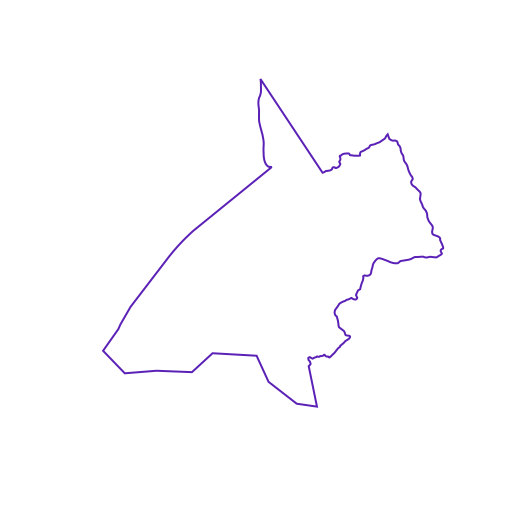 Atima, Santa Bárbara, Honduras (Robinson projection), rotated 68°
{"feature_id": "27666195B460141259069", "entity_name": "Atima", "entity_type": "district", "adm_level": 2, "iso_a3": "HND", "parent_name": "Honduras", "parent_adm1": "Santa Bárbara", "projection": "robinson", "projection_center": [-88.493, 14.908], "detail": "fine", "context": "isolated", "style": "outline", "palette": "violet", "viewbox_px": 512, "rotation_deg": 68, "n_neighbors": 0, "source": "geoboundaries", "source_scale": "gbopen_adm2", "svg_char_len": 6015}
<svg xmlns="http://www.w3.org/2000/svg" viewBox="0 0 512 512"><g transform="rotate(68 256 256)"><path d="M286.6,433.3L315.6,421.6L325.1,391.3L339.7,358.9L329.9,332.7L348.7,292.8L377.4,291.5L408.2,273.6L418.5,255.9L377.9,248.4L377.6,247.8L377.2,246.8L377.0,246.4L376.6,245.9L376.0,245.7L375.1,245.6L374.2,245.6L373.6,245.7L372.5,246.1L371.7,246.2L371.4,246.1L370.1,245.7L370.0,245.4L369.9,244.9L369.9,244.3L370.0,243.9L370.3,243.6L371.0,243.2L372.0,242.3L372.3,242.1L372.4,241.9L372.3,241.2L372.1,239.6L372.3,237.9L372.2,237.6L372.0,237.3L372.0,237.1L372.1,236.8L372.5,236.4L372.8,236.0L373.0,235.5L373.1,235.1L373.1,234.8L372.9,234.3L372.9,233.9L373.0,233.6L373.2,233.0L373.4,232.4L373.5,231.6L373.5,230.9L373.4,230.5L373.1,230.0L373.1,229.7L373.3,229.5L373.5,229.4L374.0,229.2L374.8,229.0L375.2,228.7L375.8,228.0L376.1,227.1L376.4,226.7L376.6,226.5L377.2,226.4L377.4,226.2L377.5,225.9L377.6,225.5L377.5,225.2L377.2,224.7L377.0,223.8L376.7,223.2L376.4,222.7L375.4,219.9L374.6,218.4L373.6,216.8L372.3,214.4L371.9,213.1L371.7,212.2L371.5,211.9L371.0,211.7L370.8,211.5L370.1,209.1L369.7,208.0L369.3,206.8L368.6,205.6L368.3,204.7L367.6,200.9L367.3,200.4L366.9,199.7L366.5,199.3L366.1,199.0L365.7,199.0L365.4,199.1L365.1,199.3L364.8,199.6L364.4,200.3L363.9,201.3L363.6,201.7L363.2,202.2L362.9,202.5L362.4,202.6L359.4,202.4L358.7,202.5L356.2,203.9L353.9,205.3L353.3,205.6L353.0,205.7L352.7,205.7L351.8,205.6L347.0,204.3L342.6,203.8L342.4,203.8L342.0,203.9L341.5,204.2L341.0,204.6L340.3,204.6L339.0,204.6L338.1,204.4L337.3,204.0L336.3,203.4L335.6,202.7L335.2,202.2L334.2,200.5L332.6,198.0L331.9,197.2L331.7,196.9L331.5,196.4L331.3,195.8L331.1,194.5L331.0,193.8L330.9,192.1L331.0,190.1L330.9,189.7L330.7,188.8L330.6,188.0L330.7,187.4L330.9,186.6L330.9,186.1L330.7,184.3L330.6,183.6L330.6,183.3L330.8,183.1L331.6,182.6L332.3,182.0L333.0,181.2L333.5,180.5L333.6,180.1L333.7,179.7L333.6,179.1L333.4,178.6L333.0,178.0L332.8,177.9L332.6,177.8L332.2,177.8L331.2,177.9L330.1,177.9L329.6,177.9L326.2,174.4L326.1,174.0L325.8,171.9L323.1,170.0L320.5,167.9L319.2,166.5L318.0,165.6L316.4,164.6L315.9,164.5L315.3,164.4L315.0,164.2L314.8,164.0L314.7,163.6L314.7,163.1L314.7,162.7L314.9,162.6L315.2,161.8L316.0,160.4L316.1,160.0L316.2,159.4L316.3,158.6L316.2,157.9L316.1,157.3L315.8,156.8L315.5,156.3L315.2,156.0L314.2,155.3L312.7,154.4L309.8,152.1L308.1,151.0L307.3,150.3L306.7,149.7L306.2,148.9L305.2,147.3L304.6,146.2L304.2,145.1L304.0,144.5L303.9,144.0L304.0,143.3L304.2,142.6L304.7,141.8L305.2,141.1L306.3,139.7L308.2,137.7L309.8,135.9L310.3,135.4L311.2,134.6L311.7,134.2L314.0,131.3L314.9,129.6L315.6,128.0L315.7,127.3L315.7,126.8L315.3,125.3L314.9,124.4L314.8,124.1L315.1,122.7L316.5,116.4L316.8,114.8L316.8,113.1L316.5,110.5L316.5,109.4L316.5,109.0L316.7,108.5L317.2,107.3L319.0,101.8L319.4,101.1L320.1,100.4L320.6,99.7L321.0,99.1L321.3,98.4L321.4,98.0L322.0,94.7L323.9,91.3L324.9,89.2L324.6,87.5L324.2,85.0L324.0,83.8L323.5,82.8L322.5,82.8L320.9,83.0L320.3,82.8L319.6,82.3L319.2,81.4L319.2,80.7L319.2,80.2L319.1,79.8L318.7,79.4L317.6,79.2L315.3,79.1L310.4,79.3L309.8,79.2L309.5,79.0L308.8,78.7L308.2,78.7L307.5,78.9L306.4,79.6L305.4,80.6L302.8,83.5L302.0,83.9L301.1,84.1L299.4,83.6L296.3,81.6L295.1,81.2L293.6,81.3L289.8,82.4L288.2,82.7L286.5,82.7L284.6,82.7L281.0,81.6L279.7,81.5L277.6,81.6L274.2,82.7L272.6,82.9L271.5,82.7L268.9,82.7L267.6,82.9L266.1,82.8L264.7,82.7L260.2,80.1L259.8,80.0L259.0,79.9L258.1,80.0L257.5,80.2L255.9,80.9L253.9,81.8L252.4,82.3L252.0,82.5L249.4,84.3L249.0,84.4L248.1,84.7L247.1,84.8L246.0,84.6L245.2,84.3L244.9,84.0L244.2,82.9L243.5,82.0L242.9,81.7L241.9,81.6L241.0,81.6L239.8,82.0L239.2,82.2L237.2,82.4L235.9,82.5L233.6,82.5L231.6,82.3L229.6,82.0L228.3,82.0L226.9,82.2L224.6,82.8L223.9,82.9L223.0,83.0L221.9,82.9L219.5,82.2L218.5,82.0L217.9,82.0L215.0,82.5L214.5,82.5L213.4,82.4L212.1,82.2L210.5,81.7L209.8,81.6L208.8,81.6L207.6,81.8L207.0,82.0L206.2,82.4L205.7,82.5L204.9,82.4L203.2,82.2L202.7,82.2L202.3,82.5L201.8,82.9L201.0,83.8L200.8,84.4L200.6,85.3L200.5,85.6L200.3,85.9L199.9,86.5L199.5,86.9L198.6,87.7L197.6,88.4L197.3,88.5L196.6,88.5L192.5,88.3L192.9,89.1L193.5,90.1L194.1,90.9L194.9,91.8L195.4,92.6L195.5,93.0L196.8,98.8L196.7,102.3L196.8,103.3L196.8,104.2L196.7,105.1L196.3,107.1L196.2,108.3L196.3,108.7L196.6,109.3L196.9,109.6L197.3,109.9L197.5,110.2L197.8,110.7L197.9,111.2L198.0,111.8L198.0,112.8L198.1,113.4L198.2,114.2L198.4,114.9L198.6,116.2L198.7,118.0L198.7,119.3L198.7,119.7L198.8,120.0L199.1,120.4L199.6,120.9L200.2,121.3L201.7,121.8L201.8,121.9L201.8,122.0L201.7,122.6L201.3,123.7L200.1,126.6L199.8,127.4L198.9,128.8L198.0,130.6L197.8,130.9L197.6,131.1L196.9,131.1L196.0,131.4L195.7,131.7L195.4,132.1L194.2,135.8L194.1,137.0L194.1,137.8L194.3,138.7L194.7,139.7L194.7,140.0L194.5,140.6L194.6,140.8L194.9,141.0L195.3,141.1L196.2,141.1L197.0,141.2L197.5,141.3L197.9,141.5L198.2,141.7L198.7,142.1L199.9,143.6L200.9,143.5L201.8,143.3L202.1,143.4L202.3,143.4L202.8,143.8L203.1,144.3L203.3,144.5L204.1,145.4L204.3,146.6L204.5,147.8L204.5,148.4L204.4,148.9L204.3,149.2L204.1,149.5L203.4,149.7L203.1,150.1L202.8,150.6L202.7,151.3L202.7,151.7L202.9,152.1L203.5,152.7L204.0,153.1L204.1,153.3L204.2,153.6L204.3,154.2L204.4,155.4L204.3,156.1L204.2,156.4L204.0,156.9L203.9,157.9L203.5,158.8L203.4,159.5L203.4,159.8L203.7,160.6L203.8,161.0L203.8,161.7L203.7,163.1L93.5,185.6L94.8,185.8L97.8,186.8L102.7,188.7L105.4,189.8L106.8,190.6L108.0,191.5L108.8,192.1L110.3,193.7L111.8,194.8L113.1,195.6L114.6,196.3L115.8,196.8L117.1,197.2L120.4,198.1L121.8,198.5L124.5,199.6L128.6,201.3L130.7,202.1L132.5,202.7L134.8,203.1L137.9,203.6L145.5,204.5L148.2,205.0L151.4,205.7L153.2,206.2L154.8,206.8L160.1,209.2L164.0,210.6L166.1,211.4L167.7,211.8L169.4,212.2L170.5,212.4L172.0,212.5L173.7,212.5L175.3,212.2L176.5,211.8L177.3,211.4L178.1,210.7L178.4,210.1L178.9,209.1L179.2,208.6L179.4,208.6L179.6,208.7L179.7,208.9L209.2,304.9L210.8,309.1L213.3,315.3L214.6,318.3L217.4,324.4L220.4,330.3L223.6,336.2L256.1,391.3L268.7,407.4L272.2,411.0L286.6,433.3Z" fill="none" stroke="#5b21b6" stroke-width="2"/></g></svg>